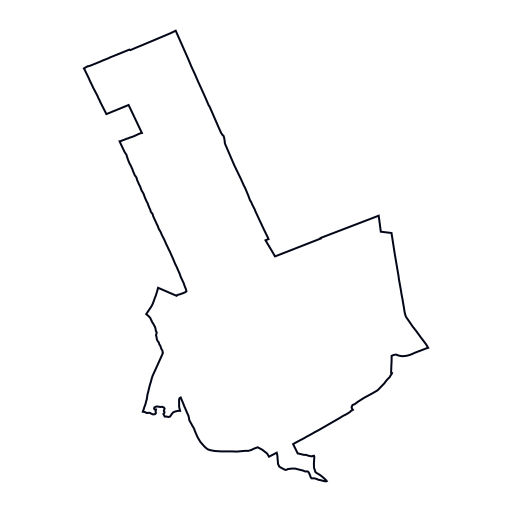 the district of Soparlita, Olt, Romania
{"feature_id": "2599482B59738251160251", "entity_name": "Soparlita", "entity_type": "district", "adm_level": 2, "iso_a3": "ROU", "parent_name": "Romania", "parent_adm1": "Olt", "projection": "equal_earth", "projection_center": [24.267, 44.29], "detail": "fine", "context": "isolated", "style": "outline", "palette": "ink", "viewbox_px": 512, "rotation_deg": 0, "n_neighbors": 0, "source": "geoboundaries", "source_scale": "gbopen_adm2", "svg_char_len": 6072}
<svg xmlns="http://www.w3.org/2000/svg" viewBox="0 0 512 512"><path d="M398.5,275.9L394.7,253.6L391.8,234.9L391.5,233.0L380.8,231.7L378.7,215.7L322.3,237.3L320.6,238.0L320.8,238.5L275.3,256.3L275.0,256.4L274.7,255.9L273.2,253.2L265.5,240.3L268.5,239.1L267.6,237.0L264.2,230.1L259.4,219.9L255.1,210.6L254.9,209.8L254.2,208.4L252.0,204.1L251.0,201.6L250.2,200.7L248.1,195.1L245.0,187.7L243.9,185.7L242.9,183.4L241.7,180.8L241.3,179.8L235.7,168.2L234.2,165.1L225.0,143.7L224.7,142.3L224.8,142.1L224.7,141.1L224.1,137.6L223.4,135.6L223.0,135.3L222.4,134.9L221.2,133.0L221.0,132.7L218.1,126.2L213.6,115.8L211.3,110.5L209.5,106.5L209.3,106.0L208.9,105.8L206.7,100.7L205.5,97.9L200.5,86.8L198.0,81.4L195.0,74.4L191.2,66.2L190.6,64.7L188.3,59.2L175.7,30.7L171.0,33.0L143.7,44.5L142.4,45.1L138.1,46.8L130.4,50.1L129.4,49.6L110.1,57.4L108.3,58.3L106.1,59.2L103.9,60.0L99.1,62.1L96.1,63.3L91.2,65.3L88.7,66.2L87.8,66.2L83.9,68.4L84.8,70.0L86.2,72.9L88.5,77.6L89.8,80.6L92.3,85.8L93.1,87.6L96.3,93.6L97.4,95.7L98.2,97.6L98.8,99.0L99.4,99.9L99.7,100.5L99.8,100.9L99.9,101.3L106.4,114.1L128.6,105.0L141.9,133.0L140.4,133.3L138.0,134.3L135.1,135.7L131.7,137.1L130.0,137.5L128.3,138.3L126.8,138.7L124.1,139.8L123.2,140.1L120.6,141.1L119.6,141.3L120.1,142.4L120.7,143.8L122.3,147.2L123.2,149.1L123.9,150.5L124.3,151.4L124.9,152.5L126.3,154.5L126.6,155.2L126.7,155.9L127.2,157.2L127.6,158.6L128.3,160.5L129.0,162.2L129.7,163.8L130.3,164.7L130.5,165.4L130.9,165.9L131.2,166.5L131.5,167.3L131.9,168.2L132.3,168.9L132.5,169.4L132.7,170.1L133.2,171.6L133.7,172.8L134.1,173.5L134.4,174.3L134.6,175.0L135.0,175.7L135.6,176.2L135.9,176.8L136.5,177.6L136.7,178.4L136.8,179.1L137.3,180.4L138.7,183.7L139.5,185.3L140.0,186.2L140.5,187.4L140.9,188.7L141.7,190.7L143.1,192.9L143.6,194.0L144.0,194.8L144.2,195.8L144.6,196.6L144.9,197.6L145.3,198.5L145.8,199.6L146.3,200.7L146.6,201.5L147.0,202.1L147.5,203.0L147.8,203.8L148.0,204.4L148.6,205.9L148.9,206.7L149.5,208.2L149.9,208.9L150.3,209.8L150.7,211.5L151.3,212.4L151.6,213.0L152.2,213.3L152.8,214.6L153.1,216.0L154.2,218.5L155.8,221.9L156.9,224.4L157.9,226.3L158.3,227.6L158.8,228.9L159.4,229.9L160.1,231.0L160.9,232.6L161.7,234.6L162.6,236.4L164.3,239.7L165.0,241.3L165.7,242.9L166.4,244.5L167.4,246.5L168.1,248.1L168.5,248.7L168.7,249.5L170.0,251.8L170.6,253.3L171.8,256.0L173.4,259.6L174.3,261.8L175.1,263.8L176.3,266.1L178.7,271.6L179.7,273.8L180.1,275.1L180.8,277.0L181.2,278.0L181.7,278.9L182.3,280.2L182.9,281.5L183.7,283.1L184.1,284.6L184.5,285.5L184.9,286.8L185.8,288.8L186.3,290.8L186.4,291.4L185.3,292.2L182.7,293.3L179.6,294.4L177.9,294.8L177.1,295.1L176.6,295.8L171.9,293.8L158.1,287.8L156.9,292.1L155.7,295.9L154.9,297.8L153.9,300.7L153.4,302.0L152.6,304.1L152.0,305.3L151.4,306.3L151.0,307.1L150.4,307.9L146.2,314.1L147.8,315.5L148.7,316.2L149.6,317.2L150.4,318.2L151.0,319.7L151.4,320.3L151.7,321.0L152.0,321.8L152.5,322.6L153.2,323.7L153.8,324.7L154.3,325.7L154.8,326.5L155.3,327.9L155.5,328.8L155.7,329.7L155.8,330.5L156.0,331.3L156.5,332.0L156.7,332.8L156.4,333.6L156.2,334.6L156.0,335.5L156.4,336.4L157.0,339.8L158.0,341.5L158.9,342.7L159.1,343.8L159.6,344.8L160.3,345.7L160.8,347.3L161.3,348.7L161.8,349.7L162.4,350.6L162.6,351.5L162.6,352.5L162.9,353.0L162.0,355.1L158.8,362.2L155.0,370.6L153.9,373.0L152.6,375.8L151.7,378.6L151.0,381.3L149.7,385.6L148.5,390.6L147.5,394.4L147.0,397.6L146.8,399.2L146.1,401.4L145.4,404.4L144.3,407.2L143.8,409.0L142.8,411.7L145.4,412.2L146.6,413.0L149.7,412.8L151.3,413.7L152.6,414.3L154.1,414.4L155.3,413.9L155.9,413.0L155.6,411.3L156.0,409.5L154.6,409.4L154.2,408.9L154.1,408.3L154.4,407.5L155.1,407.0L156.2,406.6L157.8,406.5L160.3,407.0L162.2,406.8L164.0,407.6L164.6,408.6L163.8,410.9L164.5,412.1L164.2,413.2L163.4,414.0L164.7,416.5L166.3,416.5L167.3,416.8L168.8,417.0L170.2,416.4L171.7,414.1L173.3,412.3L175.5,411.4L178.0,410.9L180.1,410.9L179.2,407.3L179.1,405.6L179.1,399.5L179.6,398.1L180.7,397.5L182.0,400.6L183.2,403.4L184.3,406.4L185.2,408.3L186.1,410.5L187.3,413.3L188.4,415.6L189.0,418.1L189.1,419.1L189.4,420.5L190.0,421.4L190.6,422.6L191.6,424.3L192.4,425.9L193.5,427.6L194.2,429.0L194.6,430.3L196.9,435.7L197.9,437.8L199.3,440.1L200.3,441.8L201.4,443.1L204.2,446.3L205.9,447.9L207.6,449.2L209.3,449.9L211.4,450.4L214.8,451.0L221.0,451.4L227.5,451.4L232.0,451.4L236.7,451.6L241.9,451.1L246.1,450.8L248.3,450.9L249.8,450.4L251.6,449.9L253.3,448.9L255.5,448.1L257.7,447.3L262.2,449.7L267.1,453.5L269.0,456.7L276.7,452.7L277.2,454.7L277.5,457.0L277.6,459.2L277.9,462.1L278.0,463.9L279.3,466.6L280.2,467.2L281.7,468.1L284.1,469.3L285.2,469.9L286.1,469.9L286.7,469.7L287.7,469.1L291.4,468.6L295.2,468.6L301.9,470.3L303.0,470.5L304.4,471.2L305.7,471.5L307.1,471.4L307.9,471.6L308.5,472.1L309.3,473.5L310.2,475.7L310.6,477.1L311.0,477.7L311.6,478.3L313.5,478.3L314.8,478.4L316.7,479.0L318.5,479.8L319.8,480.0L324.2,481.1L325.2,481.3L326.2,481.3L326.7,481.1L325.7,479.8L323.5,477.8L320.6,475.4L318.2,473.9L316.4,472.9L315.3,471.8L314.6,469.4L314.0,467.7L313.9,463.7L314.3,456.8L314.0,455.8L313.2,455.8L311.9,456.4L308.7,455.8L306.1,454.9L304.1,454.9L298.6,453.6L297.7,453.4L293.1,444.1L294.3,443.4L300.2,440.2L304.3,438.1L305.7,437.2L311.6,434.0L314.1,432.6L314.3,432.4L315.3,431.9L318.0,430.5L333.6,421.5L339.2,418.3L343.2,415.8L346.1,414.4L348.6,412.9L350.2,411.8L350.7,411.1L351.9,410.4L352.9,409.8L352.1,408.8L351.6,407.2L352.1,405.8L352.6,405.0L354.8,404.1L358.0,401.7L364.1,397.8L367.1,396.2L372.3,393.4L377.6,390.3L383.5,384.2L384.6,383.0L385.8,381.3L386.7,380.2L387.4,379.4L389.5,377.3L390.0,376.7L390.3,375.9L391.7,373.9L392.0,373.1L391.1,372.8L391.4,364.6L391.6,361.1L391.6,358.4L391.6,355.9L392.5,355.4L394.1,354.9L395.8,354.6L396.6,354.7L397.8,355.3L399.7,355.8L401.6,356.1L402.9,356.2L406.4,355.8L408.1,355.4L409.9,354.9L412.4,353.9L415.0,352.7L420.8,350.5L426.8,348.2L428.1,347.8L427.9,347.5L426.3,344.6L424.5,342.2L421.1,337.8L418.3,333.9L415.8,330.5L412.7,326.6L409.7,322.2L406.1,317.0L405.6,315.8L405.0,313.9L404.4,310.9L404.0,308.1L403.0,302.3L402.5,299.2L401.6,294.7L400.8,289.7L398.8,278.5L398.7,277.4L398.5,275.9Z" fill="none" stroke="#020617" stroke-width="2"/></svg>